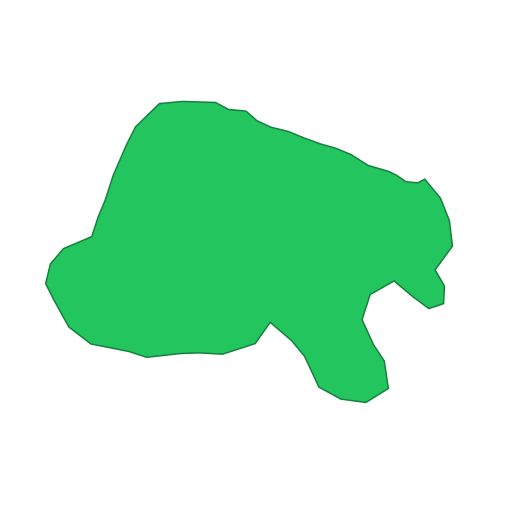 the district of Strongylos, Cyprus, rotated 18°
{"feature_id": "46923920B68545316730877", "entity_name": "Strongylos", "entity_type": "district", "adm_level": 2, "iso_a3": "CYP", "parent_name": "Cyprus", "parent_adm1": "", "projection": "mercator", "projection_center": [33.65, 35.172], "detail": "fine", "context": "isolated", "style": "filled", "palette": "green", "viewbox_px": 512, "rotation_deg": 18, "n_neighbors": 0, "source": "geoboundaries", "source_scale": "gbopen_adm2", "svg_char_len": 845}
<svg xmlns="http://www.w3.org/2000/svg" viewBox="0 0 512 512"><g transform="rotate(18 256 256)"><path d="M170.1,122.5L138.6,131.6L117.0,140.9L101.5,170.4L98.4,190.6L95.3,223.2L95.3,249.5L93.8,268.2L93.8,288.3L70.6,308.5L62.9,327.1L64.5,347.3L78.4,361.3L100.0,381.4L126.2,390.7L164.9,386.1L183.4,386.1L214.3,372.1L231.3,365.9L254.5,359.7L282.3,339.5L290.0,314.7L316.2,325.6L333.2,336.4L356.4,361.3L381.1,365.9L405.8,361.3L422.8,341.1L410.5,316.3L395.0,303.9L376.5,283.7L376.5,257.3L395.0,237.1L418.2,246.4L436.7,252.6L449.1,243.3L444.5,226.3L430.6,213.9L439.8,185.9L429.0,162.6L413.6,144.0L392.8,130.8L387.1,136.5L375.7,139.0L365.0,135.9L356.1,134.6L334.6,135.2L315.0,130.2L299.2,128.9L282.7,129.5L265.0,128.9L248.5,127.6L230.2,128.9L215.0,127.0L201.7,121.3L184.6,125.1L170.1,122.5Z" fill="#22c55e" stroke="#15803d" stroke-width="1.5"/></g></svg>